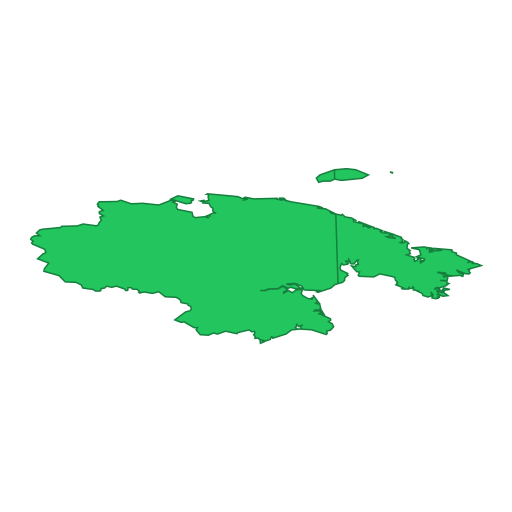 SVG path tracing the border of Chukchi Autonomous Okrug
{"feature_id": "RUS-2321", "entity_name": "Chukchi Autonomous Okrug", "entity_type": "Autonomous Province", "adm_level": 1, "iso_a3": "RUS", "parent_name": "Russia", "parent_adm1": "", "projection": "natural_earth1", "projection_center": [175.436, 66.707], "detail": "fine", "context": "isolated", "style": "filled", "palette": "green", "viewbox_px": 512, "rotation_deg": 0, "n_neighbors": 0, "source": "natural_earth", "source_scale": "10m", "svg_char_len": 6100}
<svg xmlns="http://www.w3.org/2000/svg" viewBox="0 0 512 512"><path d="M99.1,201.8L117.2,201.5L120.7,200.2L131.3,203.8L142.6,203.3L158.9,205.0L171.4,200.1L175.2,201.3L173.0,202.2L177.3,204.2L176.3,207.0L177.5,209.4L192.0,212.3L193.0,216.4L195.2,217.6L205.1,216.7L208.8,218.1L206.5,216.0L209.0,215.1L210.2,216.8L209.6,214.7L213.7,212.7L214.7,213.2L216.2,212.9L214.4,212.7L212.7,210.7L213.0,208.3L210.8,206.8L209.0,203.4L203.0,203.0L204.0,201.6L208.9,200.3L208.1,197.3L208.7,194.6L206.7,194.3L207.7,193.8L237.7,196.6L244.5,199.4L244.0,200.0L247.8,199.1L243.5,198.2L245.1,197.2L253.8,198.9L277.8,198.3L275.3,198.7L281.6,200.2L283.7,199.3L278.7,198.2L283.3,198.1L285.3,199.4L284.9,200.2L291.5,201.9L319.0,206.4L323.0,208.0L317.6,207.0L317.5,208.1L325.7,208.9L335.2,213.7L329.6,211.7L331.6,213.4L335.8,214.0L338.0,283.7L334.9,284.6L330.8,288.1L318.0,292.3L316.9,291.9L320.7,290.6L304.8,290.0L301.4,287.9L302.9,287.6L302.0,286.2L295.1,283.4L286.2,283.9L289.6,284.9L295.4,284.0L300.2,288.1L296.6,289.0L290.7,287.3L288.1,288.3L282.6,285.6L277.9,288.6L268.5,288.9L264.4,290.5L260.1,290.5L264.7,290.7L269.4,289.1L277.9,289.0L283.1,286.3L287.9,290.1L284.0,291.6L283.6,292.3L283.6,293.2L288.4,290.5L292.4,292.7L295.8,290.1L302.9,289.1L301.1,293.1L302.4,295.4L307.6,298.4L312.8,299.3L311.2,298.4L314.1,296.6L313.0,295.0L318.6,302.4L317.1,301.8L315.7,303.0L317.2,303.3L315.7,303.5L319.3,304.0L319.4,303.0L321.1,309.9L319.0,309.0L320.8,310.2L315.4,309.8L314.2,311.0L320.5,310.9L320.6,312.6L318.9,313.8L320.4,314.3L322.3,313.4L321.1,311.5L321.4,310.5L324.8,315.5L322.5,314.0L322.0,314.9L330.5,318.8L330.7,320.1L328.4,321.7L332.2,323.7L333.6,326.8L330.5,330.2L326.7,331.1L327.2,333.5L326.2,334.5L311.6,329.8L300.8,329.1L300.9,326.1L302.9,324.8L299.1,326.7L296.2,323.8L297.0,325.6L295.3,327.4L297.1,329.0L300.2,329.0L291.6,329.9L286.1,334.0L272.2,338.4L273.4,337.6L271.5,336.7L270.3,339.4L264.4,341.4L265.0,340.9L262.0,340.1L263.8,341.9L260.4,343.3L260.1,340.1L258.1,338.1L255.0,338.4L255.0,336.3L253.6,334.7L254.8,333.5L254.6,331.6L251.7,331.7L249.0,329.9L237.8,332.6L237.0,333.7L225.6,331.2L217.4,334.1L213.6,333.0L208.4,335.2L200.2,334.7L196.1,329.8L197.5,327.6L194.1,327.7L184.1,321.9L181.2,322.4L174.8,319.9L185.6,311.9L189.7,310.9L191.3,309.3L190.7,306.4L188.2,305.3L188.0,304.0L181.1,302.6L180.1,299.7L176.2,297.3L165.2,296.8L158.8,291.7L152.6,293.4L144.1,292.0L139.5,293.0L138.8,292.3L139.8,291.8L137.1,289.3L132.5,289.2L131.3,287.6L128.0,287.7L127.7,290.4L125.7,290.6L124.7,289.0L116.3,286.1L111.8,287.3L106.7,286.2L104.3,288.2L101.1,288.5L100.9,290.4L99.9,291.1L95.5,291.0L93.1,289.5L82.8,288.0L81.4,285.0L75.9,282.3L65.3,281.9L59.0,275.6L43.9,271.3L44.4,268.7L48.8,263.1L37.6,258.8L43.1,253.8L45.8,252.7L44.8,249.3L32.5,244.1L31.6,242.8L33.2,241.2L30.7,239.4L31.6,237.4L34.3,235.9L39.9,235.7L36.4,233.1L39.6,230.0L41.9,229.3L60.7,227.5L61.7,226.3L77.4,225.9L83.1,224.0L96.3,225.8L98.3,225.0L99.3,222.3L101.4,220.6L99.9,217.1L103.5,215.9L99.4,213.6L99.3,211.7L103.1,210.3L97.9,206.4L98.5,205.5L97.3,204.2L99.1,201.8ZM335.8,214.0L341.5,215.3L342.3,214.3L345.1,216.9L351.6,218.0L356.6,220.8L353.3,219.3L353.7,221.7L363.0,223.9L364.1,225.3L362.5,226.7L367.4,225.2L358.1,221.4L370.3,226.1L366.7,226.6L368.5,227.8L372.5,226.9L374.8,227.7L373.6,227.5L374.2,228.8L376.1,228.3L383.3,231.0L381.0,230.6L380.2,231.6L383.7,233.1L388.2,233.0L383.7,231.2L392.2,233.9L389.6,234.7L390.3,236.1L386.6,236.6L388.5,237.5L395.8,238.5L391.1,236.1L393.6,234.5L401.4,237.3L401.1,238.2L403.5,240.1L402.1,239.5L402.9,241.2L400.3,242.6L403.2,243.0L405.7,241.4L404.1,240.4L408.0,242.5L408.8,243.6L407.4,244.1L407.0,248.3L410.0,250.5L409.2,250.8L410.4,253.7L406.6,254.9L414.1,257.3L414.8,258.3L413.9,259.7L415.0,260.8L414.1,261.8L418.0,259.7L417.4,258.4L420.0,258.4L421.4,260.7L420.2,261.4L420.6,262.9L423.3,261.3L421.9,260.8L424.4,260.2L424.6,259.0L416.5,256.7L420.9,254.9L419.3,249.7L411.1,247.9L424.3,246.9L427.1,247.6L426.9,248.4L427.9,247.6L432.3,248.2L429.5,248.0L431.4,249.0L429.3,249.3L429.4,252.1L432.4,251.7L430.3,250.6L432.3,249.1L432.7,250.1L436.5,250.9L442.2,250.2L432.8,248.5L433.5,248.3L451.1,249.8L452.2,250.2L451.5,251.1L452.5,252.0L456.4,253.0L456.4,254.8L470.5,261.2L467.3,262.6L472.1,261.6L474.6,263.4L471.4,263.5L476.8,263.6L481.3,265.6L468.2,269.3L469.5,269.9L468.9,271.1L470.2,272.8L468.9,274.0L464.9,273.6L456.3,269.9L459.4,273.0L463.4,274.2L462.8,276.4L459.8,275.4L448.9,276.3L452.9,275.9L445.7,275.0L446.4,274.4L444.7,273.6L445.1,272.9L437.1,272.2L443.8,274.4L445.0,276.5L443.4,276.4L444.0,277.1L448.1,276.1L447.1,280.5L439.9,280.4L447.0,281.0L446.8,283.1L448.9,283.5L445.7,285.8L439.6,287.8L436.3,287.5L434.1,289.1L439.1,288.4L439.9,289.7L436.0,291.0L438.8,291.2L437.2,292.8L439.2,291.9L444.2,292.9L447.9,295.6L442.7,296.3L438.4,294.0L436.6,294.6L439.8,295.1L439.5,297.2L437.7,296.9L438.2,298.2L435.6,298.7L431.9,297.9L433.1,294.9L430.8,291.8L431.8,293.8L431.5,295.9L428.0,297.0L423.0,295.5L422.1,293.4L417.7,291.3L418.2,290.9L413.3,289.9L414.0,288.2L413.0,286.7L412.2,288.4L409.7,288.5L408.9,287.4L408.5,289.1L402.5,289.0L401.9,288.6L403.1,287.7L396.0,284.9L397.3,284.2L396.6,283.3L397.6,282.2L395.4,280.2L394.9,277.6L393.0,276.7L379.8,273.9L373.8,276.9L359.2,276.3L358.2,275.4L359.6,272.0L356.7,271.7L351.6,266.0L355.7,266.6L355.7,265.0L358.3,264.3L357.5,262.0L358.3,260.0L356.6,260.4L354.2,263.8L351.5,264.0L349.6,262.5L350.0,261.4L348.8,259.4L348.8,261.7L345.2,260.7L348.2,263.6L347.8,264.2L343.3,264.9L341.6,263.5L339.9,267.8L340.8,270.1L347.7,273.5L347.2,274.5L348.0,275.3L344.8,277.7L344.5,280.6L342.6,282.3L338.0,283.7L335.8,214.0ZM334.4,169.8L346.5,168.7L355.6,169.7L368.4,174.9L362.1,178.3L341.3,180.4L334.7,179.1L334.4,169.8ZM334.7,179.1L330.3,181.1L323.2,181.1L318.7,182.3L316.3,178.1L320.0,174.9L334.4,169.8L334.7,179.1ZM193.6,198.9L193.1,200.3L191.3,200.4L191.6,202.1L190.6,203.3L185.7,203.7L170.9,199.1L177.9,195.8L193.6,198.9ZM443.9,288.0L449.9,289.4L441.7,290.6L443.9,288.0ZM200.3,201.0L204.7,200.2L202.3,201.7L200.3,201.0ZM444.0,291.4L443.4,292.3L440.5,291.7L440.8,291.2L444.0,291.4ZM392.5,172.5L392.3,173.0L389.9,171.9L392.5,172.5Z" fill="#22c55e" stroke="#15803d" stroke-width="1.5"/></svg>